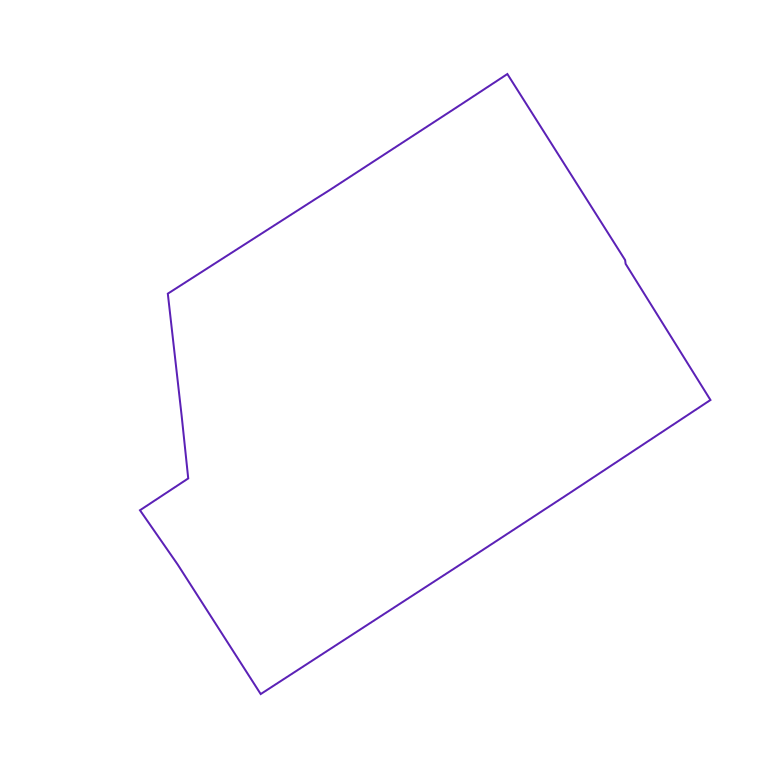 Pulaski, Missouri, United States of America, rotated 56°
{"feature_id": "52423323B5552577354441", "entity_name": "Pulaski", "entity_type": "district", "adm_level": 2, "iso_a3": "USA", "parent_name": "United States of America", "parent_adm1": "Missouri", "projection": "equal_earth", "projection_center": [-92.22, 37.812], "detail": "fine", "context": "isolated", "style": "outline", "palette": "violet", "viewbox_px": 768, "rotation_deg": 56, "n_neighbors": 0, "source": "geoboundaries", "source_scale": "gbopen_adm2", "svg_char_len": 357}
<svg xmlns="http://www.w3.org/2000/svg" viewBox="0 0 768 768"><g transform="rotate(56 384 384)"><path d="M572.1,659.6L576.6,407.7L578.2,293.1L579.8,122.3L419.5,116.5L416.1,114.8L196.0,108.4L195.3,165.5L192.8,321.5L192.3,337.5L188.2,512.7L297.7,569.8L352.8,599.1L352.2,656.9L418.3,656.0L572.1,659.6Z" fill="none" stroke="#5b21b6" stroke-width="2"/></g></svg>